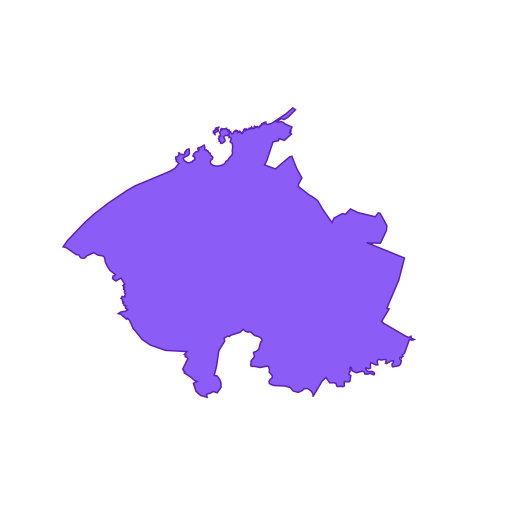 Acapulco de Juárez, Guerrero, Mexico (Robinson projection), rotated 115°
{"feature_id": "50627088B85761395013038", "entity_name": "Acapulco de Juárez", "entity_type": "district", "adm_level": 2, "iso_a3": "MEX", "parent_name": "Mexico", "parent_adm1": "Guerrero", "projection": "robinson", "projection_center": [-99.858, 16.959], "detail": "fine", "context": "isolated", "style": "filled", "palette": "violet", "viewbox_px": 512, "rotation_deg": 115, "n_neighbors": 0, "source": "geoboundaries", "source_scale": "gbopen_adm2", "svg_char_len": 6138}
<svg xmlns="http://www.w3.org/2000/svg" viewBox="0 0 512 512"><g transform="rotate(115 256 256)"><path d="M217.5,116.4L195.1,120.6L197.1,161.3L195.2,155.5L194.7,155.5L191.8,148.6L177.6,148.6L173.1,150.3L164.8,161.6L165.3,163.5L170.0,164.4L173.6,182.2L173.4,190.3L180.4,192.5L181.0,195.6L188.5,201.2L193.6,201.3L185.6,215.1L179.8,223.4L178.4,230.3L178.3,233.0L175.1,247.0L172.7,247.8L165.9,247.4L159.5,256.1L150.4,265.7L152.1,267.5L168.9,275.2L169.8,286.7L165.2,286.5L145.2,288.8L142.0,284.3L139.8,284.8L139.3,279.2L130.4,275.4L130.2,277.4L129.0,277.0L129.0,277.7L127.8,277.2L127.3,278.3L125.6,277.7L123.9,278.0L124.1,285.6L123.4,287.7L123.7,290.0L125.5,292.7L125.5,293.9L120.7,291.1L120.5,288.2L116.9,285.7L106.8,282.0L106.2,285.2L114.5,288.9L129.6,298.1L132.1,301.6L132.0,303.0L131.5,303.2L131.9,303.3L131.7,303.8L132.1,304.0L131.7,304.3L132.1,304.6L131.2,304.7L133.2,306.2L134.1,306.0L134.0,306.6L134.8,306.5L135.6,307.1L135.8,306.7L136.1,306.6L137.2,307.8L138.4,307.7L138.6,309.0L138.2,309.5L139.0,310.0L138.8,310.8L139.6,311.1L139.3,311.7L140.6,311.2L140.9,311.4L140.6,312.0L141.3,311.7L142.0,312.8L142.1,313.7L141.2,313.9L141.0,314.4L141.9,314.2L142.2,314.7L142.2,314.0L142.9,314.3L143.4,316.3L144.4,316.2L144.9,317.5L145.4,317.3L145.8,318.2L145.5,318.4L145.9,318.5L145.4,318.7L145.8,318.9L145.4,320.0L147.2,320.6L148.2,319.5L149.1,320.5L150.7,320.0L151.1,320.4L151.0,321.1L150.5,321.3L150.7,322.1L150.1,322.3L149.8,323.1L150.6,322.9L150.5,323.6L149.9,323.6L151.8,324.6L150.4,325.6L151.2,326.6L150.4,326.7L150.5,327.3L151.4,327.1L151.5,327.7L152.3,327.8L152.3,328.4L155.0,328.8L155.4,329.4L155.2,330.5L154.2,331.4L155.8,332.2L153.3,333.4L153.2,333.9L154.4,334.6L153.6,335.3L153.7,336.1L152.7,336.6L153.8,338.1L154.2,338.2L154.7,340.0L155.9,340.2L155.3,341.3L156.0,341.4L156.1,340.9L159.3,341.2L162.1,338.8L162.5,339.4L162.7,339.0L162.6,339.6L163.2,340.1L163.6,339.8L163.4,339.3L165.6,339.6L166.4,338.1L167.5,338.0L167.4,336.6L168.7,335.7L168.6,334.9L167.2,333.6L164.8,332.7L162.9,334.0L162.0,335.6L161.3,335.6L159.7,334.7L158.9,332.8L158.1,332.8L157.8,331.6L160.1,330.5L159.5,329.7L159.9,328.0L163.8,327.8L163.1,327.7L163.8,327.3L163.8,325.3L166.6,323.4L171.2,321.8L172.0,321.0L174.7,320.5L179.5,322.0L180.7,321.9L183.1,323.3L185.3,323.3L188.0,325.2L190.0,327.6L191.5,330.4L191.9,332.9L191.7,335.5L190.5,336.9L188.5,337.5L186.9,336.6L185.0,336.7L184.3,337.6L183.7,339.8L182.2,341.0L182.3,342.4L181.0,344.2L181.3,345.2L180.8,345.6L181.4,346.6L181.2,347.4L178.8,348.5L177.4,349.9L181.4,352.6L182.1,353.9L183.3,354.2L183.8,353.8L183.1,353.3L183.6,352.6L185.8,352.7L187.0,354.6L189.5,355.5L191.7,355.5L192.2,355.2L192.0,354.2L192.6,353.6L192.5,353.0L194.5,352.2L196.6,353.6L197.5,353.5L198.5,354.9L199.8,355.6L200.3,357.8L200.1,359.9L199.7,361.6L198.2,363.2L197.7,363.3L193.0,359.8L191.0,359.8L187.3,361.8L188.7,363.6L192.2,364.4L193.0,363.6L194.5,364.0L195.8,368.1L195.7,368.6L195.0,369.0L195.2,369.5L196.0,368.7L198.0,368.8L199.6,369.3L200.0,370.5L200.9,370.4L202.3,369.4L202.3,368.5L203.7,368.5L204.7,365.0L211.0,366.6L215.9,370.1L243.6,395.3L250.8,400.4L270.1,412.0L285.7,420.1L297.0,425.0L321.4,433.3L329.2,434.7L328.6,431.7L330.7,419.6L330.0,417.0L331.7,414.2L330.8,411.1L329.5,410.0L327.4,409.5L321.5,404.4L322.0,399.6L320.7,394.9L321.2,392.8L325.5,389.7L328.5,385.9L330.8,382.1L332.3,375.5L333.5,375.8L334.6,377.1L336.7,376.6L337.3,375.8L337.9,372.6L333.1,368.9L337.1,362.9L337.9,363.6L338.7,363.3L338.4,363.9L339.1,364.2L340.3,361.8L340.9,362.5L342.3,361.7L342.3,360.7L343.1,359.9L343.7,360.2L345.0,359.5L345.4,358.2L347.8,358.2L348.3,357.5L348.8,358.0L349.2,360.3L351.6,360.4L351.6,358.6L352.7,358.5L353.8,357.2L353.6,356.4L355.0,356.8L355.6,355.2L356.3,355.0L356.2,352.5L357.0,353.0L358.3,352.3L358.6,350.7L359.1,350.4L358.5,350.0L358.8,349.5L360.6,350.3L364.0,355.0L366.4,356.5L366.4,355.5L365.6,354.9L368.1,346.5L366.8,346.0L367.6,343.6L374.2,336.0L374.4,334.7L379.7,324.0L381.4,314.3L379.8,298.2L371.8,278.2L375.6,279.4L375.6,277.9L377.2,277.6L376.8,276.2L377.7,274.4L389.4,274.6L390.8,272.9L391.0,271.5L392.3,271.7L393.2,264.8L394.9,258.2L394.6,256.4L397.9,258.9L404.0,253.2L405.8,247.4L404.7,240.6L402.1,242.4L399.5,239.3L396.8,237.4L396.4,233.3L389.6,232.2L385.9,234.1L383.5,236.4L381.1,240.4L381.9,243.4L372.8,245.1L357.4,249.7L346.4,248.4L344.0,250.1L340.7,248.0L340.2,246.0L339.3,245.9L337.8,244.7L331.9,238.2L327.9,236.7L328.7,233.7L328.4,231.0L327.3,229.7L327.1,228.5L328.6,223.8L327.9,218.5L328.6,216.0L329.6,215.1L330.7,214.8L332.2,215.4L339.4,214.1L342.6,215.6L343.9,217.2L344.8,217.4L348.0,214.8L353.2,216.1L357.7,214.3L357.8,213.2L356.6,210.4L355.3,205.1L350.9,199.2L351.0,198.0L352.8,196.0L355.8,194.9L357.0,191.6L358.1,190.5L359.4,189.9L362.7,191.2L364.3,191.2L365.8,190.1L366.1,188.3L365.8,185.0L361.7,175.1L360.7,169.3L362.6,165.4L361.8,160.1L358.2,157.1L356.2,156.5L354.3,153.3L355.0,149.2L356.0,147.3L357.5,145.7L359.4,145.0L341.4,143.2L336.6,141.3L339.8,135.5L338.2,132.4L337.6,129.8L339.8,127.8L339.9,126.9L338.0,123.5L338.0,122.4L336.5,121.0L332.7,122.9L332.1,122.5L332.0,121.3L330.6,118.3L329.5,118.0L324.3,119.6L324.2,121.6L323.5,122.2L320.2,121.9L317.9,123.6L316.8,123.4L317.0,122.3L319.4,120.4L319.5,116.5L319.2,115.3L316.5,112.4L315.3,110.2L315.3,108.9L316.9,107.4L316.1,105.2L314.1,102.9L313.9,99.0L312.6,98.8L311.6,100.0L311.5,102.1L313.4,106.1L311.7,109.2L310.8,108.9L310.6,106.0L309.1,104.8L305.8,106.6L304.0,106.7L304.0,101.1L303.1,99.6L300.0,101.8L298.0,101.4L297.4,100.0L297.6,98.9L294.9,94.9L295.6,93.8L298.5,93.3L298.3,92.2L293.9,89.0L292.9,87.3L294.2,86.4L296.4,87.1L298.2,86.2L298.7,85.3L295.0,80.1L292.6,79.3L289.2,80.2L289.0,81.7L287.3,82.8L286.1,81.2L286.4,81.0L284.9,81.0L284.6,80.5L284.2,81.3L282.9,81.4L281.7,80.3L267.2,81.6L265.9,78.3L264.8,77.3L265.0,80.4L263.2,81.6L263.9,82.3L265.2,82.4L265.4,86.2L263.1,111.9L262.2,114.5L247.7,113.0L248.0,115.4L217.5,116.4ZM159.3,343.1L157.6,343.3L157.3,344.7L154.2,343.9L155.8,344.4L155.9,345.2L156.4,345.8L157.2,345.7L157.3,346.4L158.1,345.9L158.3,346.5L159.5,346.2L161.0,347.4L161.4,346.6L162.3,346.7L162.2,346.0L163.1,345.3L163.2,344.5L161.6,345.3L159.3,343.6L159.3,343.1Z" fill="#8b5cf6" stroke="#5b21b6" stroke-width="1.5"/></g></svg>